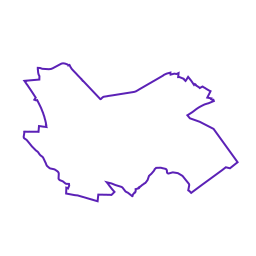 Helmond, Noord-Brabant, Netherlands (Albers equal-area conic projection), rotated 173°
{"feature_id": "6326949B31180787122352", "entity_name": "Helmond", "entity_type": "district", "adm_level": 2, "iso_a3": "NLD", "parent_name": "Netherlands", "parent_adm1": "Noord-Brabant", "projection": "albers", "projection_center": [5.662, 51.474], "detail": "fine", "context": "isolated", "style": "outline", "palette": "violet", "viewbox_px": 256, "rotation_deg": 173, "n_neighbors": 0, "source": "geoboundaries", "source_scale": "gbopen_adm2", "svg_char_len": 5294}
<svg xmlns="http://www.w3.org/2000/svg" viewBox="0 0 256 256"><g transform="rotate(173 128 128)"><path d="M210.2,198.7L210.3,197.9L210.2,197.9L210.3,197.3L210.4,194.6L210.4,194.3L210.4,193.6L210.3,193.0L210.3,192.5L210.2,191.9L210.0,191.4L209.6,190.3L210.1,186.9L224.1,187.4L224.0,187.2L225.0,187.3L224.4,186.2L223.6,184.6L223.2,183.8L222.7,183.0L220.2,178.1L219.8,177.3L219.4,176.5L218.6,174.9L218.2,174.1L217.0,171.6L216.6,170.8L215.9,169.4L217.5,167.5L215.8,166.6L214.8,166.8L214.4,165.8L213.8,164.1L212.6,160.7L212.1,159.2L211.8,158.3L211.7,157.9L210.9,154.8L210.4,153.1L210.3,152.2L210.1,151.3L209.7,149.5L209.5,147.7L209.2,145.9L209.0,144.1L208.9,143.2L208.9,142.3L208.8,141.1L209.0,141.1L208.9,139.5L208.8,138.9L210.3,139.3L212.1,139.7L213.8,140.2L216.1,140.8L217.3,135.1L217.8,135.2L218.2,135.3L218.6,135.4L218.9,135.4L226.1,136.3L226.4,136.4L226.8,136.4L227.2,136.4L231.3,137.0L231.4,136.5L231.5,136.5L231.5,135.9L231.6,135.5L232.6,132.1L232.6,131.7L232.6,131.4L232.6,131.1L232.4,130.8L232.3,130.5L232.0,130.2L230.5,128.9L230.2,128.6L229.9,128.3L229.7,127.9L229.4,127.5L225.9,121.9L225.5,121.3L222.5,117.4L222.0,116.8L221.0,115.9L220.8,115.7L220.4,115.2L220.2,115.0L219.9,114.4L219.1,112.8L218.9,112.5L218.7,112.2L218.4,111.8L218.2,111.5L216.5,109.9L216.2,109.5L216.0,109.2L215.8,108.8L215.7,108.5L214.7,105.5L214.5,104.7L214.3,104.3L214.1,103.8L213.4,101.1L213.3,100.9L213.2,100.6L213.0,100.3L212.9,100.1L210.9,97.9L210.7,97.7L210.4,97.5L210.0,97.3L206.5,96.1L206.1,95.9L205.7,95.7L203.4,93.7L202.8,93.0L202.5,92.4L202.3,91.8L202.3,90.9L203.0,86.9L203.1,86.1L202.8,85.5L202.7,85.3L202.2,84.7L201.8,84.4L199.7,83.3L199.2,83.0L198.9,82.7L197.0,80.7L196.3,80.2L195.5,80.0L193.4,79.7L193.4,78.0L193.9,77.1L194.9,75.3L196.2,76.2L196.5,76.3L196.5,76.1L197.4,70.5L189.2,67.9L187.5,67.5L186.1,67.2L185.7,67.0L167.1,59.0L165.6,65.5L155.6,64.1L154.3,63.9L152.9,63.7L152.6,63.6L151.5,64.4L149.2,66.2L150.3,67.8L151.3,69.3L152.2,70.8L153.2,72.4L153.8,73.5L154.8,75.3L155.7,76.7L151.2,75.0L150.8,74.8L147.4,72.9L141.8,70.4L141.2,70.0L140.7,69.5L138.5,65.8L138.2,65.3L137.7,64.9L136.2,63.9L135.9,63.7L135.6,63.4L132.1,59.8L131.8,59.9L131.7,60.2L131.4,61.0L131.2,61.4L130.8,61.8L130.7,61.9L130.0,62.4L129.8,62.6L129.7,62.7L129.6,63.0L129.4,63.2L129.2,63.2L128.8,63.1L128.7,63.2L128.3,64.0L128.2,64.3L128.1,64.5L128.0,64.9L127.9,66.4L125.4,66.7L124.5,66.9L124.4,67.0L124.5,67.3L124.7,67.5L124.3,67.8L123.9,68.1L123.6,68.2L123.3,68.1L123.2,68.2L122.5,68.6L120.7,69.8L119.6,70.3L119.3,70.4L118.7,70.9L118.6,71.0L117.8,71.2L117.5,71.3L117.4,71.4L116.7,72.1L114.9,74.0L114.5,74.8L113.0,77.9L112.9,78.0L112.7,78.1L112.4,78.3L111.9,78.7L110.7,79.5L110.4,79.7L109.1,80.9L107.9,82.0L107.5,82.4L107.3,82.6L107.0,83.0L106.9,83.2L106.6,83.8L105.0,84.9L104.9,85.0L100.5,84.6L100.2,84.5L99.8,84.4L99.1,84.1L98.4,83.8L97.7,83.6L96.1,83.0L95.8,82.9L95.6,82.7L95.3,82.6L95.2,82.4L94.9,82.1L94.8,81.9L94.7,81.5L94.7,81.3L94.6,81.1L94.6,80.8L94.7,79.6L94.7,79.3L94.6,79.1L94.6,78.9L94.5,78.7L94.4,78.5L94.3,78.4L94.1,78.2L93.9,78.1L93.5,77.9L93.3,77.9L93.1,77.9L89.2,78.5L88.8,78.5L88.5,78.4L84.6,77.3L84.3,77.2L84.1,77.1L83.8,77.0L83.6,76.8L80.2,74.2L79.8,73.8L79.6,73.6L79.4,73.3L77.2,69.7L74.4,65.2L74.3,64.8L74.2,64.6L74.2,64.4L74.2,64.1L74.2,63.8L75.8,58.8L75.4,58.4L75.2,58.4L74.8,58.0L74.5,57.6L74.3,57.5L74.0,56.9L73.2,55.9L72.0,56.6L60.9,62.9L60.7,63.0L39.7,74.7L35.7,77.1L31.7,75.6L23.4,80.7L43.2,116.7L52.2,122.8L56.0,125.4L65.4,130.1L67.5,133.4L66.4,133.9L64.7,134.7L62.4,135.8L60.8,136.7L58.3,138.2L56.8,139.0L56.0,139.4L54.5,140.1L51.9,141.1L50.2,141.7L49.3,142.0L48.9,142.1L46.2,142.6L45.3,142.7L44.5,142.9L39.5,144.3L39.8,145.5L40.1,145.4L40.3,145.4L40.6,145.5L42.0,146.5L41.6,147.2L45.6,148.5L41.7,154.3L41.6,154.5L42.8,155.2L45.8,157.5L46.3,158.0L48.2,159.4L48.6,159.7L48.8,160.0L49.0,160.1L51.9,158.9L52.5,159.7L55.3,162.0L55.3,162.4L55.5,162.7L55.6,162.9L56.3,163.5L57.2,162.7L59.5,167.2L62.1,171.4L64.8,168.0L65.0,167.9L65.2,167.7L66.8,169.8L66.7,170.1L66.8,170.2L67.0,170.2L70.4,172.1L70.6,172.2L70.8,172.3L72.0,172.4L71.1,176.4L73.3,175.7L75.4,176.3L79.2,175.8L79.2,177.1L79.2,177.3L79.3,177.3L79.2,177.8L82.8,177.3L84.2,176.9L85.4,176.5L86.2,176.2L86.9,175.7L87.4,175.5L96.5,171.6L96.9,171.4L96.8,171.5L100.5,169.9L100.8,169.8L112.3,164.9L112.7,164.7L114.3,164.0L115.3,163.6L115.7,163.4L115.9,163.4L116.7,163.2L117.3,163.1L119.3,163.0L131.1,162.6L139.4,162.3L144.0,162.2L144.3,162.1L144.5,162.1L147.7,162.0L148.2,162.0L148.5,161.9L148.9,161.8L149.1,161.6L149.5,161.5L151.1,160.3L151.2,160.2L151.3,160.1L151.7,160.0L151.8,160.1L152.0,160.1L162.4,174.2L163.2,175.3L163.8,176.1L166.9,180.3L167.1,180.6L167.4,180.9L167.5,180.8L167.6,181.0L168.0,181.8L168.1,181.7L168.3,181.9L168.4,182.3L168.7,182.7L170.1,184.6L171.4,186.3L172.8,188.3L175.6,192.0L176.0,192.6L176.4,193.1L176.8,193.8L176.9,194.0L177.3,194.9L177.7,195.7L178.0,196.6L178.2,197.2L178.4,197.7L179.5,197.4L179.5,197.6L179.8,197.9L180.0,198.1L180.2,198.3L180.4,198.5L180.7,198.6L182.4,199.5L183.3,199.8L184.1,200.0L184.4,200.1L184.9,200.1L185.5,200.1L185.9,200.0L186.2,200.0L186.8,199.8L191.7,197.9L195.1,196.6L195.5,196.4L196.1,196.3L196.7,196.1L197.2,196.0L197.6,196.0L198.8,196.0L199.3,196.0L199.9,196.1L205.3,197.1L205.9,197.2L206.3,197.4L207.6,198.1L208.1,198.3L210.2,198.7Z" fill="none" stroke="#5b21b6" stroke-width="2"/></g></svg>